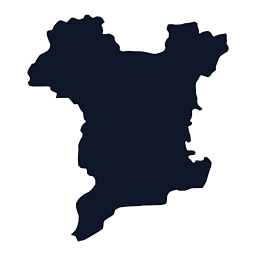 Zhytkavichy, Gomel, Belarus (Albers equal-area conic projection)
{"feature_id": "67162791B281573745440", "entity_name": "Zhytkavichy", "entity_type": "district", "adm_level": 2, "iso_a3": "BLR", "parent_name": "Belarus", "parent_adm1": "Gomel", "projection": "albers", "projection_center": [27.845, 52.192], "detail": "fine", "context": "isolated", "style": "filled", "palette": "ink", "viewbox_px": 256, "rotation_deg": 0, "n_neighbors": 0, "source": "geoboundaries", "source_scale": "gbopen_adm2", "svg_char_len": 3852}
<svg xmlns="http://www.w3.org/2000/svg" viewBox="0 0 256 256"><path d="M202.0,187.4L202.9,186.1L205.0,182.4L205.9,180.8L206.6,178.0L207.4,175.2L208.3,172.3L209.5,168.6L210.4,166.3L210.9,162.8L208.9,159.9L206.8,157.9L204.9,157.9L204.4,159.7L203.0,161.1L200.5,161.5L197.9,161.3L196.3,161.0L195.8,162.4L194.7,163.3L192.6,163.6L191.4,161.9L189.8,159.9L187.7,158.5L187.6,156.4L188.5,155.0L191.2,154.3L194.0,154.1L194.8,152.4L193.2,151.3L191.0,151.1L189.2,151.2L187.1,151.2L186.0,149.9L185.7,148.5L185.2,147.1L184.9,145.0L184.3,143.2L185.1,140.6L186.2,139.5L187.0,140.4L188.0,141.6L189.5,141.6L190.1,140.4L189.9,138.1L189.6,135.3L188.3,131.9L188.0,129.2L187.2,126.5L188.7,125.4L189.8,125.0L191.2,123.9L191.2,122.8L189.9,122.0L189.3,121.0L189.4,119.6L190.6,118.2L191.3,115.4L191.4,113.0L191.2,111.3L191.7,109.7L193.5,108.5L195.2,107.8L198.2,108.8L199.8,109.8L201.4,109.1L200.5,107.9L197.8,105.9L197.0,104.1L196.4,101.2L196.6,98.2L195.2,93.3L195.2,89.4L194.9,85.6L195.4,82.3L197.6,79.0L199.2,76.0L200.8,74.4L201.9,74.4L204.1,75.2L206.3,76.0L208.3,76.4L210.2,74.9L210.7,73.7L211.7,72.4L213.2,71.3L215.2,69.7L215.1,66.3L216.0,63.9L216.7,61.9L217.7,59.4L218.7,57.2L220.2,55.4L222.4,53.8L224.6,52.3L226.5,51.4L227.7,49.7L227.9,48.6L227.6,46.7L226.6,45.5L225.7,43.2L226.2,41.5L226.0,38.4L225.9,35.5L225.8,34.3L225.2,34.3L222.5,34.8L219.5,35.2L215.9,36.6L212.8,37.5L211.5,35.1L210.1,33.0L208.2,31.8L206.6,31.8L203.0,32.7L199.6,34.6L198.0,32.9L198.2,30.3L196.8,26.5L196.8,23.8L194.5,22.4L191.4,23.1L189.0,23.6L184.9,24.0L182.0,25.0L177.5,25.4L175.1,25.4L171.8,24.9L168.5,25.1L168.2,26.0L167.5,27.8L167.5,29.5L168.4,30.6L169.6,32.8L169.6,35.7L169.3,37.8L167.4,39.5L165.7,43.0L165.5,45.2L166.3,47.8L165.0,50.9L163.1,52.3L160.3,53.3L155.7,54.7L151.2,54.2L146.5,53.0L142.4,52.3L139.5,52.0L134.5,52.0L127.9,51.6L122.9,52.3L119.5,50.9L118.9,49.9L119.1,47.8L118.9,46.1L116.9,44.0L115.3,42.8L114.3,40.9L113.6,37.1L112.1,35.7L108.5,34.2L106.2,34.9L103.3,34.9L101.7,34.0L102.4,30.7L101.8,27.6L100.6,26.1L101.4,23.8L103.7,21.8L102.6,20.9L102.6,19.5L100.2,17.6L97.0,17.1L94.9,18.0L94.4,18.3L92.1,18.8L90.8,17.4L90.3,17.3L88.7,15.7L87.0,15.4L85.4,15.9L84.7,17.6L83.5,19.0L79.9,20.3L78.4,20.3L76.8,19.8L73.6,18.4L71.8,18.4L70.3,19.9L68.0,22.2L66.8,23.4L63.4,21.8L63.0,21.8L60.6,20.9L58.6,21.9L57.0,23.5L55.3,25.4L54.1,27.1L53.4,29.5L51.3,31.0L48.5,31.2L47.5,32.2L47.6,35.0L48.3,37.4L49.5,40.5L51.0,43.9L50.8,46.7L49.8,49.3L47.5,51.7L43.9,53.7L41.3,54.9L39.6,56.3L38.3,58.5L36.8,60.6L35.6,63.5L32.4,64.7L32.2,64.6L31.9,65.3L29.9,68.3L28.5,71.2L28.1,73.1L29.5,75.4L30.8,77.8L30.3,80.9L28.7,82.3L29.4,84.8L32.4,85.7L40.5,85.7L48.2,85.6L51.1,86.2L51.1,89.3L53.1,90.7L55.0,91.5L57.4,92.5L57.6,94.3L56.8,97.3L60.5,97.1L66.8,97.1L68.8,97.1L72.3,100.9L74.2,103.4L76.2,103.5L78.4,103.5L79.6,106.2L81.5,109.8L83.7,112.2L84.6,118.7L86.0,120.2L87.0,122.8L85.0,123.4L82.4,126.3L81.0,130.3L83.6,134.0L83.0,136.6L80.8,140.4L79.0,145.1L79.0,145.4L79.2,149.6L78.8,155.6L78.7,159.3L78.9,164.9L81.3,167.4L84.4,167.6L86.4,167.8L87.8,170.2L87.8,173.2L90.0,175.2L92.5,175.2L94.7,177.0L96.1,180.2L96.1,184.7L92.5,189.6L89.1,192.6L84.9,194.6L81.2,197.5L79.0,199.7L76.8,203.5L76.9,207.6L78.1,211.8L79.5,215.8L79.3,221.3L78.1,226.1L76.4,230.2L72.3,234.5L75.7,235.2L77.9,239.5L78.4,240.6L84.0,239.3L87.6,237.3L91.4,235.2L95.9,232.4L100.1,229.9L102.2,228.2L102.8,225.0L102.8,222.5L104.2,219.9L106.5,218.3L108.1,217.2L110.7,215.8L113.0,214.2L114.1,211.2L114.3,209.8L116.8,208.1L118.7,207.0L120.6,206.5L124.5,206.1L130.5,205.6L138.4,205.3L143.7,204.7L150.3,204.6L155.6,204.4L158.9,204.4L161.7,204.2L163.8,203.7L165.6,203.0L166.1,200.8L166.3,197.7L166.6,195.2L167.7,193.3L169.3,191.3L172.1,190.1L176.0,189.0L177.2,189.0L179.0,189.9L182.1,189.9L184.8,189.9L187.6,189.1L189.3,188.3L191.3,187.6L193.7,187.4L196.7,187.4L199.0,187.3L201.7,187.3L202.0,187.4Z" fill="#0f172a" stroke="#020617" stroke-width="1.5"/></svg>